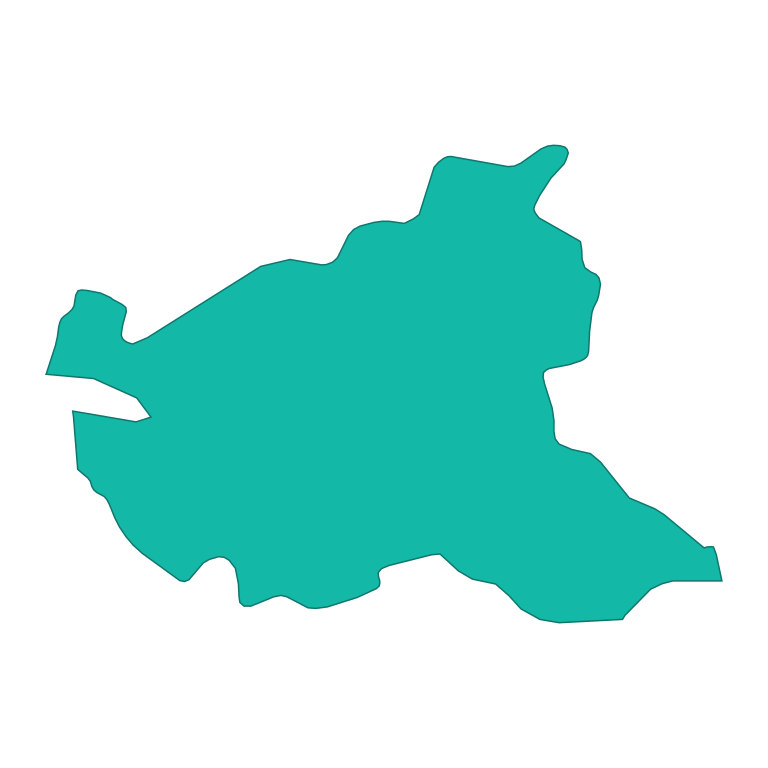 an SVG outline of Hamburg
{"feature_id": "DEU-1578", "entity_name": "Hamburg", "entity_type": "State", "adm_level": 1, "iso_a3": "DEU", "parent_name": "Germany", "parent_adm1": "", "projection": "natural_earth1", "projection_center": [10.019, 53.566], "detail": "fine", "context": "isolated", "style": "filled", "palette": "teal", "viewbox_px": 768, "rotation_deg": 0, "n_neighbors": 0, "source": "natural_earth", "source_scale": "10m", "svg_char_len": 2243}
<svg xmlns="http://www.w3.org/2000/svg" viewBox="0 0 768 768"><path d="M72.7,411.1L136.0,421.9L151.0,417.1L136.7,397.9L93.5,378.5L46.1,374.3L46.2,374.1L55.4,345.7L57.4,336.8L58.7,326.9L59.9,322.2L61.3,319.0L63.8,316.4L68.5,312.9L72.1,309.4L74.0,306.0L75.8,295.0L78.0,290.8L81.7,290.0L87.2,290.5L100.7,293.1L110.3,297.5L112.8,299.5L122.2,304.5L125.8,307.5L126.3,311.6L122.9,324.2L121.7,331.0L121.3,335.2L122.2,338.0L123.4,339.6L124.7,340.8L126.3,341.8L128.6,342.9L132.7,344.0L147.1,337.9L260.7,266.4L290.0,259.5L321.7,264.9L326.2,264.6L332.6,262.2L337.4,257.9L348.5,235.3L353.7,229.5L360.0,226.1L374.0,222.4L382.1,221.3L389.2,221.3L404.3,223.4L413.5,218.8L419.2,214.6L434.1,167.3L438.6,162.2L443.6,158.4L446.3,157.2L448.0,156.7L451.1,156.5L507.8,166.6L514.4,166.1L520.8,163.2L540.9,149.0L547.6,146.1L553.5,145.3L559.7,145.7L564.9,147.1L567.0,149.3L568.3,153.0L565.9,160.2L564.0,163.9L551.0,178.0L539.5,195.7L534.9,204.9L533.7,209.1L535.1,212.7L538.8,217.8L579.7,241.1L580.5,241.8L581.7,249.7L582.1,259.3L584.8,267.7L591.0,272.1L596.0,274.4L599.0,278.0L600.5,284.2L598.7,295.2L597.3,300.1L593.5,307.7L591.9,312.9L589.6,331.3L588.6,351.3L587.7,355.1L586.6,356.9L584.3,358.9L581.3,360.6L569.7,364.5L549.2,368.5L546.2,370.1L543.5,372.5L543.1,377.3L544.6,384.0L552.2,408.2L554.0,421.0L553.9,431.2L555.1,438.7L559.1,444.1L571.5,449.4L590.5,453.7L600.6,462.2L629.3,498.0L654.8,508.8L664.1,514.7L704.2,548.0L705.1,547.6L706.9,547.0L711.3,546.7L713.5,547.0L716.3,554.7L721.9,580.9L672.8,580.9L662.1,583.7L650.6,589.2L625.0,615.3L622.5,619.4L559.1,622.7L539.9,619.4L521.1,609.0L509.0,595.7L495.6,584.0L472.3,579.1L458.4,570.9L440.0,554.0L431.8,554.7L388.9,565.5L381.5,568.6L378.2,572.5L378.3,575.1L378.9,578.2L379.6,580.3L379.8,583.1L379.2,586.0L376.4,588.6L357.3,597.4L327.4,606.9L315.8,608.4L307.9,607.8L286.7,596.7L280.9,595.4L273.8,596.8L250.9,606.1L244.0,606.1L239.9,602.5L239.1,597.3L238.4,583.7L235.4,568.3L229.2,560.3L224.2,557.3L218.6,556.7L209.3,559.4L203.2,563.0L188.9,579.8L184.5,581.5L179.8,580.6L142.1,553.2L133.2,545.1L126.3,537.0L119.5,527.0L114.9,518.0L109.5,504.7L106.8,499.5L104.2,496.5L97.0,492.6L93.8,489.9L91.9,486.5L90.3,481.3L87.9,478.0L77.7,469.4L73.5,416.8L72.7,411.1Z" fill="#14b8a6" stroke="#0f766e" stroke-width="1.5"/></svg>